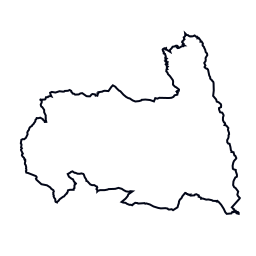 Bala, Mehedinti, Romania, rotated 357°
{"feature_id": "2599482B80855070454238", "entity_name": "Bala", "entity_type": "district", "adm_level": 2, "iso_a3": "ROU", "parent_name": "Romania", "parent_adm1": "Mehedinti", "projection": "albers", "projection_center": [22.826, 44.908], "detail": "fine", "context": "isolated", "style": "outline", "palette": "ink", "viewbox_px": 256, "rotation_deg": 357, "n_neighbors": 0, "source": "geoboundaries", "source_scale": "gbopen_adm2", "svg_char_len": 5781}
<svg xmlns="http://www.w3.org/2000/svg" viewBox="0 0 256 256"><g transform="rotate(357 128 128)"><path d="M230.6,174.2L230.5,171.2L231.3,168.2L232.1,166.5L234.5,164.1L234.5,163.4L233.7,161.4L232.8,160.9L232.1,157.7L230.1,157.4L230.3,156.7L229.6,155.6L229.3,152.4L228.6,149.1L227.3,148.8L226.4,147.5L226.4,145.3L227.6,143.4L228.0,142.0L228.0,140.5L228.6,139.6L228.6,138.1L227.7,135.0L228.2,133.3L226.3,130.7L224.6,130.1L225.1,129.5L225.2,128.5L224.7,127.6L224.1,127.4L223.2,125.1L223.4,122.3L224.1,120.7L224.0,119.8L222.9,117.6L220.8,117.1L219.9,114.3L219.9,112.9L222.0,112.0L222.2,110.2L222.0,109.1L219.8,107.0L218.0,106.3L217.5,104.1L214.7,100.4L215.6,95.1L215.8,87.6L215.5,86.2L214.7,85.5L214.1,84.4L213.2,83.7L212.7,82.9L212.7,81.5L211.9,79.9L211.0,74.1L210.3,73.0L209.5,72.9L208.0,71.7L207.6,71.1L208.6,69.6L207.6,67.3L207.6,66.9L208.9,65.4L209.2,64.0L209.1,62.5L209.3,61.8L211.0,59.4L210.8,57.7L209.6,56.3L209.1,53.6L208.4,52.3L208.2,51.2L206.9,49.6L206.8,48.9L207.2,47.8L207.1,47.4L206.1,45.6L204.9,45.6L205.1,44.4L203.4,41.8L203.0,41.6L202.6,42.1L202.2,41.8L202.5,41.3L202.1,40.9L201.8,41.3L201.6,40.4L200.5,40.3L199.4,39.1L197.5,39.8L196.2,39.9L195.7,39.6L194.9,39.9L193.4,39.1L192.9,38.5L191.5,38.2L190.0,36.5L190.1,37.5L189.9,39.1L189.3,39.8L188.4,40.4L189.0,42.3L188.4,42.5L188.0,43.6L186.9,44.2L186.5,45.0L187.9,46.8L187.2,47.3L188.7,48.5L187.9,48.5L187.6,49.2L186.2,49.1L183.1,50.7L181.8,50.8L181.2,50.2L182.1,49.8L182.1,49.2L181.5,48.5L180.3,48.3L178.6,49.0L176.8,49.2L175.6,50.8L173.7,52.5L174.2,54.2L170.2,51.5L170.2,50.7L169.3,51.4L169.1,51.1L169.4,50.7L169.3,50.3L168.5,50.3L167.1,51.0L166.7,51.5L167.0,53.0L167.6,53.6L167.8,54.7L167.5,55.0L167.6,55.5L168.8,55.9L169.5,58.5L169.0,59.5L170.0,60.4L169.1,60.6L169.6,61.7L169.0,62.1L169.6,62.4L168.8,63.4L169.1,63.8L171.0,64.3L170.6,65.2L170.7,66.1L169.4,65.9L169.0,66.3L169.8,67.2L169.7,67.7L170.9,68.7L170.0,69.4L170.2,69.9L169.9,70.8L170.3,71.3L169.5,71.5L169.2,73.4L170.3,74.7L170.7,76.2L172.7,78.5L175.3,82.6L175.5,84.0L175.2,86.8L175.5,87.5L177.3,89.4L178.2,89.8L180.9,92.2L180.7,93.5L178.9,93.7L178.4,94.1L178.8,94.5L178.8,95.0L179.6,95.5L179.2,96.2L179.0,97.3L176.2,97.8L175.0,99.3L173.0,100.1L170.3,100.2L160.9,99.5L158.9,100.2L156.8,99.6L155.3,102.8L151.4,101.2L146.8,100.5L143.1,100.6L142.8,101.1L140.6,101.7L136.7,101.9L134.1,100.7L131.2,98.5L129.9,98.2L127.8,96.9L125.2,94.5L122.3,90.9L120.9,90.1L118.5,87.5L117.6,86.2L115.1,84.6L113.6,86.0L110.4,90.1L106.8,89.6L105.2,89.8L104.4,90.3L100.3,90.7L100.4,91.4L100.0,91.9L99.3,91.9L99.5,93.1L99.1,94.1L98.5,93.8L97.3,94.0L96.8,92.7L94.3,92.2L93.3,92.7L91.7,94.4L89.2,94.2L88.2,94.0L84.1,90.8L82.2,91.0L80.6,91.9L76.9,91.9L75.9,91.0L74.5,90.7L74.1,89.7L73.3,89.0L73.2,88.0L71.7,87.0L70.0,87.7L66.8,87.7L66.2,88.2L65.0,88.3L61.5,87.7L57.4,88.8L53.8,88.0L52.1,88.7L52.3,90.2L53.2,92.4L52.3,92.0L50.0,92.4L49.6,93.0L47.7,93.0L47.1,94.7L46.5,95.2L42.7,95.2L41.4,94.7L43.3,96.5L43.1,98.1L42.1,99.9L42.2,101.1L42.5,102.0L43.5,102.7L45.2,105.5L45.1,107.9L46.5,111.2L46.3,113.1L46.5,113.8L46.2,114.6L46.7,117.6L45.4,117.6L45.5,117.1L43.9,115.8L43.4,114.7L40.9,113.1L39.0,113.5L37.3,113.3L36.8,114.4L36.0,115.1L35.7,116.7L34.5,118.0L34.2,118.7L32.4,120.3L32.1,121.0L30.6,121.7L29.6,122.8L28.7,125.1L28.0,125.7L27.2,127.2L27.4,129.1L25.5,132.5L23.7,133.8L22.3,133.6L20.9,134.2L20.2,137.5L20.2,138.0L20.6,138.4L20.8,139.2L20.2,141.8L21.0,142.7L20.0,144.0L20.0,144.4L21.6,148.1L21.1,148.3L20.6,149.6L21.2,150.9L22.6,152.3L22.8,153.3L23.7,154.1L23.7,154.5L23.2,154.6L23.7,155.8L23.2,157.5L23.2,158.6L23.9,159.7L24.3,161.9L24.0,163.2L24.3,163.8L24.3,164.9L23.8,165.6L24.1,167.2L25.8,167.7L33.5,171.2L34.2,172.2L34.1,173.0L33.4,173.8L33.8,174.8L38.6,179.6L44.1,181.0L47.3,183.3L48.1,184.6L50.2,186.2L50.6,187.5L49.9,188.8L50.1,189.5L49.9,190.4L50.4,191.5L50.1,192.2L50.7,193.9L51.6,195.1L51.7,197.6L51.9,198.0L53.2,198.6L53.4,198.0L54.7,197.2L56.0,195.6L59.5,193.3L60.5,193.0L62.3,191.0L63.4,190.3L63.5,189.7L63.9,189.6L64.3,188.8L64.8,187.1L66.6,186.7L70.5,186.9L70.7,185.6L71.4,185.2L71.5,182.4L72.7,181.2L72.3,180.9L72.9,180.5L71.2,178.6L70.4,176.4L69.0,175.7L66.5,173.6L65.4,170.8L67.9,169.6L68.7,168.9L70.3,168.4L72.2,169.9L73.2,170.0L75.2,171.0L77.5,171.2L79.0,170.9L80.9,171.5L81.4,172.1L82.3,175.1L83.3,176.7L83.7,177.8L83.6,178.6L84.8,179.2L87.4,182.4L89.2,183.2L91.4,183.3L93.4,184.8L93.9,184.9L94.2,185.9L93.3,187.3L94.1,188.3L94.0,189.8L94.8,189.1L96.9,188.6L101.6,188.8L104.5,188.4L105.4,188.0L112.0,188.1L115.4,187.3L118.6,188.4L120.4,189.8L122.8,191.2L125.5,191.7L126.9,191.2L129.2,191.5L124.8,194.3L124.1,196.0L121.9,198.4L117.7,201.5L119.2,202.2L121.7,202.6L122.9,203.6L125.4,204.8L126.7,204.8L128.2,205.4L128.4,205.3L128.5,204.8L131.3,203.1L133.6,203.5L133.8,203.8L134.4,204.0L140.6,203.9L141.2,204.5L142.4,204.3L145.8,205.5L149.4,207.7L154.0,209.4L156.6,210.0L161.1,210.0L163.3,210.5L163.7,211.1L164.6,211.6L167.4,211.4L168.7,212.4L173.3,209.8L174.4,206.6L174.7,206.3L175.1,204.0L176.1,202.2L177.6,201.0L178.8,198.9L181.7,195.8L182.3,195.9L183.0,196.9L184.1,197.0L184.6,197.8L186.3,197.8L185.9,198.2L187.0,198.8L190.8,198.7L191.2,198.1L192.7,197.7L195.2,199.1L194.9,200.3L197.2,201.4L197.3,202.5L198.9,202.3L202.3,203.6L204.7,203.6L208.0,204.5L209.0,205.2L212.4,205.5L212.5,206.0L213.1,206.3L213.4,206.2L212.9,205.7L213.3,205.4L214.6,206.5L217.0,209.5L219.3,213.6L220.8,217.3L222.1,218.9L226.8,218.7L227.8,217.2L229.2,217.6L230.5,217.1L231.1,217.3L231.9,218.8L234.0,219.5L234.1,218.6L233.3,217.6L231.8,217.5L231.2,216.2L229.7,215.8L229.5,214.5L228.5,214.0L228.0,212.9L227.6,212.6L235.5,204.6L236.0,203.8L234.3,201.7L233.7,200.3L234.7,197.2L232.3,193.6L230.9,192.6L230.0,190.5L230.5,186.9L231.2,185.4L232.6,183.0L234.1,182.4L234.3,181.8L234.3,180.1L233.4,177.0L233.4,175.5L231.5,174.9L230.6,174.2Z" fill="none" stroke="#020617" stroke-width="2"/></g></svg>